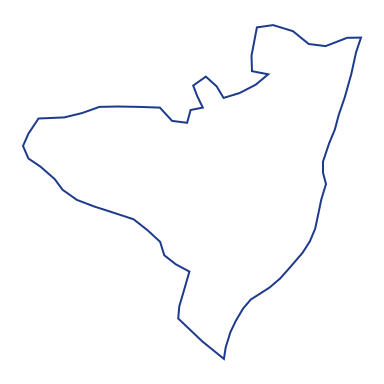 the district of Olinda, Pernambuco, Brazil
{"feature_id": "56859067B62433131631908", "entity_name": "Olinda", "entity_type": "district", "adm_level": 2, "iso_a3": "BRA", "parent_name": "Brazil", "parent_adm1": "Pernambuco", "projection": "orthographic", "projection_center": [-34.866, -7.998], "detail": "fine", "context": "isolated", "style": "outline", "palette": "blue", "viewbox_px": 384, "rotation_deg": 0, "n_neighbors": 0, "source": "geoboundaries", "source_scale": "gbopen_adm2", "svg_char_len": 957}
<svg xmlns="http://www.w3.org/2000/svg" viewBox="0 0 384 384"><path d="M361.0,37.6L347.1,37.8L325.6,46.1L308.7,44.0L293.0,31.2L273.1,25.1L256.9,27.4L254.6,39.5L251.5,55.8L252.0,71.2L268.2,74.3L255.7,84.7L239.6,93.0L223.6,97.9L216.6,86.3L205.8,76.6L193.2,85.6L197.4,96.5L202.8,107.6L190.6,110.0L187.1,122.8L172.1,120.9L159.9,107.6L139.0,106.9L117.5,106.5L99.4,106.9L81.9,113.1L64.3,117.4L38.5,118.5L28.4,133.7L23.0,146.0L28.4,158.5L40.4,166.6L54.7,179.1L62.6,189.8L76.9,199.9L94.5,206.6L111.4,212.0L133.6,219.3L147.5,230.2L160.1,241.8L164.3,255.3L175.8,264.3L189.4,271.6L183.6,291.7L179.3,306.2L178.2,318.5L202.3,341.4L223.9,358.9L225.7,347.3L230.4,332.2L235.8,320.8L243.1,308.5L250.8,299.5L269.6,287.5L280.3,278.3L290.6,266.7L302.6,252.7L309.9,241.3L315.2,228.6L318.3,213.9L321.3,199.5L326.0,184.1L323.0,172.7L323.0,161.6L329.1,143.4L334.9,129.4L338.7,115.0L344.8,97.2L351.3,74.0L356.0,52.5L361.0,37.6Z" fill="none" stroke="#1e3a8a" stroke-width="2"/></svg>